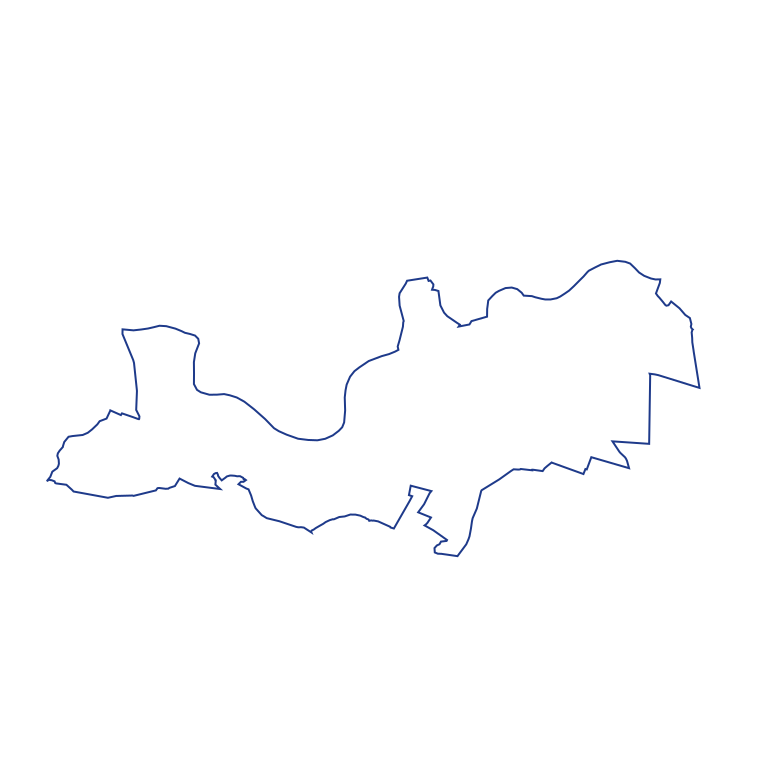 Turdas, Hunedoara, Romania, rotated 12°
{"feature_id": "2599482B55317516371384", "entity_name": "Turdas", "entity_type": "district", "adm_level": 2, "iso_a3": "ROU", "parent_name": "Romania", "parent_adm1": "Hunedoara", "projection": "robinson", "projection_center": [23.122, 45.851], "detail": "fine", "context": "isolated", "style": "outline", "palette": "blue", "viewbox_px": 768, "rotation_deg": 12, "n_neighbors": 0, "source": "geoboundaries", "source_scale": "gbopen_adm2", "svg_char_len": 4268}
<svg xmlns="http://www.w3.org/2000/svg" viewBox="0 0 768 768"><g transform="rotate(12 384 384)"><path d="M491.8,536.8L497.8,523.7L498.9,518.4L499.3,515.2L499.1,507.3L498.6,500.0L498.6,496.9L500.7,486.5L501.3,468.6L501.6,467.6L516.5,453.4L526.2,442.8L528.5,440.5L533.1,439.8L534.8,439.3L535.4,438.7L546.9,437.6L546.7,437.1L547.3,436.9L557.3,436.2L558.6,433.1L560.8,430.2L564.3,425.9L565.0,426.1L597.8,430.6L598.7,425.3L600.1,425.4L602.0,412.5L641.2,415.4L637.7,408.7L636.1,406.6L634.9,405.5L629.6,402.3L628.3,401.3L619.4,392.6L655.8,387.4L642.5,319.9L642.1,319.4L641.7,318.7L646.8,318.3L650.5,318.3L687.5,321.7L693.4,322.2L680.3,288.2L679.7,286.5L676.9,279.1L675.9,275.0L674.2,269.5L674.4,266.9L674.7,266.5L673.3,265.7L672.2,264.2L672.2,261.4L669.5,255.9L664.3,253.8L657.3,248.5L647.7,243.6L645.9,247.8L643.9,248.7L642.7,248.2L639.6,245.6L635.4,242.3L633.6,241.1L631.2,238.9L632.8,227.8L632.5,224.2L627.8,225.3L623.2,225.3L616.0,224.1L610.3,221.9L605.5,218.6L599.7,215.0L594.6,214.3L586.5,215.0L579.4,218.0L571.4,222.0L570.6,222.7L566.5,225.9L560.8,230.6L559.7,232.2L556.8,237.4L554.1,241.5L549.4,248.8L545.6,254.2L542.0,258.0L538.2,261.8L535.1,264.2L529.3,266.7L524.0,267.8L520.3,267.9L514.0,267.7L510.4,267.3L502.3,268.5L499.7,266.1L494.6,263.5L488.9,263.1L482.9,264.9L477.1,269.0L474.3,271.5L471.7,275.4L468.6,280.6L469.0,285.1L469.3,289.1L470.8,296.7L456.5,304.3L455.2,308.0L445.1,312.3L445.9,310.2L442.7,309.0L431.8,304.5L427.9,301.7L422.8,295.4L417.9,281.7L414.2,281.4L411.4,281.8L411.6,280.0L411.9,278.5L411.6,276.3L407.9,273.1L406.2,273.9L404.2,270.9L385.1,278.2L384.4,281.3L380.4,292.0L380.6,295.6L383.0,304.1L390.2,318.3L390.0,319.6L390.6,324.0L390.1,338.1L389.6,344.5L391.0,347.6L388.0,350.1L382.7,353.7L376.0,357.2L364.3,364.7L356.4,372.9L352.4,377.6L349.3,383.9L347.6,392.4L347.7,398.2L348.4,405.3L351.5,418.0L353.0,429.9L352.1,435.0L349.5,439.2L344.6,444.9L337.9,449.8L330.6,452.9L321.5,454.5L311.3,455.4L299.3,453.8L290.9,452.0L285.6,450.1L275.0,443.0L262.3,435.8L251.0,430.3L242.8,427.8L235.5,427.1L229.7,427.1L223.0,429.1L215.5,430.8L206.6,430.2L202.3,428.6L198.1,423.6L196.0,413.3L193.5,402.1L193.0,393.2L194.7,382.7L192.9,378.4L189.1,375.9L183.8,375.4L178.6,375.3L175.1,374.4L168.5,373.2L159.0,372.7L152.3,373.7L147.0,376.3L141.6,378.8L135.1,381.2L127.8,383.6L116.9,384.9L117.8,389.5L133.7,412.7L135.1,415.4L143.1,440.0L143.8,442.2L147.0,460.9L147.1,461.0L151.5,466.5L151.8,468.9L151.7,469.3L151.0,469.4L145.4,468.6L133.8,467.2L133.1,469.1L121.8,466.7L121.8,467.0L119.8,475.5L113.6,479.5L112.0,483.1L107.9,489.1L104.4,493.3L99.9,496.5L90.1,499.7L86.4,501.2L83.3,507.2L82.9,511.5L83.0,512.3L80.6,516.6L79.4,519.6L79.4,522.2L81.5,525.6L82.6,529.6L82.5,531.7L81.8,534.3L77.8,538.7L76.9,544.2L74.7,548.5L74.6,549.2L76.0,547.3L76.6,547.3L77.1,547.4L78.8,547.2L82.0,547.7L83.0,549.2L84.0,549.4L94.3,548.6L100.7,552.3L102.7,553.7L137.6,552.7L145.3,549.2L161.1,545.4L162.3,545.5L183.0,535.5L184.1,533.0L185.5,532.5L186.2,532.4L192.2,531.9L194.8,531.2L195.7,530.2L200.7,527.3L203.7,519.0L213.2,521.6L220.2,522.9L245.6,520.8L240.0,517.5L239.5,513.3L239.1,513.3L238.7,512.5L236.6,510.5L235.2,510.3L236.4,507.4L237.8,506.2L239.2,505.7L240.3,507.1L240.9,508.4L242.7,510.1L245.3,512.0L248.6,508.3L249.4,507.2L250.6,506.5L252.5,505.5L254.8,505.1L257.2,504.8L259.4,504.8L262.4,504.1L265.8,505.1L266.5,506.3L267.4,506.0L268.9,506.7L266.9,508.9L264.4,509.4L262.5,512.3L271.2,514.9L273.4,515.2L277.2,520.7L280.0,525.9L283.2,530.8L284.3,532.3L291.7,537.7L293.6,538.3L297.2,539.6L310.2,540.0L327.7,542.0L329.9,542.0L332.7,541.3L335.5,541.1L343.9,544.3L343.3,543.4L343.8,542.3L345.5,541.0L347.2,539.1L351.2,535.5L353.6,533.4L355.6,531.2L359.3,528.4L362.1,526.9L362.6,526.9L363.2,526.7L367.9,523.4L373.1,521.7L378.2,518.7L383.2,517.7L388.2,517.7L391.3,518.4L393.5,518.6L393.8,518.9L395.1,519.5L396.8,519.7L397.2,519.9L398.0,520.9L399.8,520.1L401.6,520.0L402.2,519.7L406.8,519.6L419.8,522.4L420.2,523.0L423.7,523.3L433.4,493.1L434.9,487.9L431.5,487.5L431.3,477.9L452.6,478.9L451.3,481.4L448.2,493.3L444.1,502.4L457.7,504.8L455.3,510.9L454.1,512.8L453.1,513.9L462.6,516.8L478.1,523.5L477.8,524.5L472.5,526.3L471.6,529.2L469.3,530.9L467.5,534.0L468.7,538.2L472.0,538.8L475.3,538.2L482.6,537.7L491.7,537.1L491.8,536.8Z" fill="none" stroke="#1e3a8a" stroke-width="2"/></g></svg>